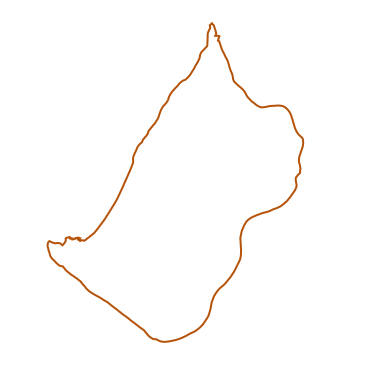 Prek Prasab, Krâchéh, Cambodia, rotated 40°
{"feature_id": "14789045B57642852254246", "entity_name": "Prek Prasab", "entity_type": "district", "adm_level": 2, "iso_a3": "KHM", "parent_name": "Cambodia", "parent_adm1": "Krâchéh", "projection": "robinson", "projection_center": [105.824, 12.492], "detail": "fine", "context": "isolated", "style": "outline", "palette": "amber", "viewbox_px": 384, "rotation_deg": 40, "n_neighbors": 0, "source": "geoboundaries", "source_scale": "gbopen_adm2", "svg_char_len": 5999}
<svg xmlns="http://www.w3.org/2000/svg" viewBox="0 0 384 384"><g transform="rotate(40 192 192)"><path d="M114.3,321.3L114.2,322.9L114.5,323.9L116.2,326.4L119.1,328.3L119.6,328.9L122.0,330.2L123.7,331.6L124.8,332.2L127.5,333.0L128.5,333.0L130.9,333.2L133.1,333.5L136.8,333.7L138.3,333.4L140.9,332.0L142.4,332.4L143.3,332.5L144.5,332.8L145.8,333.0L147.3,333.1L150.0,333.0L152.6,333.0L156.2,332.5L158.7,332.4L159.7,332.2L162.1,332.3L164.1,332.1L164.8,332.2L165.6,332.5L167.8,333.0L169.7,333.1L170.9,333.3L172.2,333.7L173.3,333.9L174.9,334.0L177.1,334.1L181.5,333.6L184.4,333.1L186.5,332.6L190.8,331.8L193.4,331.6L198.2,330.7L199.5,330.8L200.2,330.7L202.8,330.7L205.5,330.6L208.8,330.4L217.8,330.2L220.8,329.9L224.4,329.7L228.0,329.7L231.1,329.5L234.5,329.3L239.2,329.2L242.6,328.9L244.6,328.8L246.0,329.2L251.6,330.1L253.3,330.1L256.3,329.7L257.6,329.1L258.9,328.0L260.2,327.5L261.0,327.5L263.1,326.9L264.3,326.4L265.6,325.7L267.0,324.7L267.9,323.9L270.1,321.6L270.9,320.6L274.5,316.1L275.3,314.9L276.2,313.5L276.9,312.2L277.7,310.8L279.8,306.4L281.6,301.6L283.7,297.0L284.0,296.4L284.2,295.3L284.5,294.2L285.1,291.2L285.5,286.5L285.4,285.5L285.0,281.7L284.5,277.6L284.3,276.8L283.8,275.4L283.2,273.8L282.0,271.2L281.6,270.2L279.7,266.7L278.9,265.5L278.2,264.2L277.7,263.0L276.4,259.4L275.8,257.5L275.5,255.5L275.2,253.2L275.1,250.6L275.1,248.5L275.4,246.7L275.8,244.6L276.1,242.7L276.3,238.7L276.2,236.5L276.2,234.5L276.1,231.7L275.4,226.2L274.9,223.6L273.6,218.3L272.6,214.1L271.8,211.9L270.1,209.0L268.1,206.4L266.9,204.9L261.7,199.5L260.7,198.3L260.1,197.7L259.6,197.3L258.9,196.5L258.1,195.3L257.4,194.1L255.6,190.7L254.9,189.1L254.3,187.1L254.0,185.9L253.8,185.5L253.6,184.8L253.1,182.1L252.8,180.1L252.7,178.8L252.9,177.3L253.7,174.0L255.2,170.7L256.0,169.1L257.0,167.3L258.9,163.9L260.0,162.1L260.8,161.1L261.6,160.0L262.9,158.1L264.2,155.7L265.2,153.3L267.1,150.2L268.7,146.9L269.5,144.2L269.9,142.1L270.6,137.5L270.5,135.0L270.5,132.3L270.2,129.8L270.0,126.6L269.7,124.2L269.2,122.4L268.7,121.0L267.7,119.5L265.8,117.9L264.1,116.5L262.9,115.1L262.4,114.4L262.3,113.8L262.3,113.1L262.2,110.7L262.3,109.7L262.6,108.2L261.7,107.0L260.8,105.7L260.3,104.7L260.1,104.4L258.0,102.6L256.7,101.6L255.7,100.9L254.6,100.2L253.1,98.5L252.1,97.0L251.3,95.4L247.8,86.5L246.9,84.7L245.7,83.0L244.3,81.5L243.2,80.4L241.8,79.7L240.1,79.6L237.1,79.5L235.8,79.2L234.2,78.8L230.7,77.3L229.2,76.5L226.2,74.4L225.0,73.7L224.0,73.1L223.3,72.5L221.9,71.6L220.8,71.0L218.8,69.6L217.2,68.8L215.7,68.2L212.6,67.4L211.3,67.3L209.9,67.3L208.8,67.3L207.7,67.5L206.5,67.8L205.1,68.5L202.6,70.2L201.4,71.3L199.1,73.6L197.8,74.7L196.6,75.9L195.6,77.1L194.8,78.1L194.0,79.2L193.1,80.2L192.2,81.2L191.2,82.2L190.5,82.7L188.0,83.6L187.0,83.8L185.0,84.0L183.6,84.0L182.6,83.9L179.8,84.2L178.6,84.1L173.6,83.5L171.8,83.0L169.6,82.0L167.9,81.3L165.1,80.8L163.9,80.7L159.3,80.7L156.5,80.6L154.3,80.4L153.4,80.3L152.0,79.8L150.9,79.1L149.8,78.1L148.1,76.6L146.5,75.6L144.7,74.7L143.1,73.9L139.8,71.8L136.9,69.8L135.7,69.0L133.7,68.0L132.0,67.4L130.5,66.8L128.9,66.0L127.8,65.5L127.4,65.4L127.2,65.3L125.7,64.6L124.6,64.2L123.0,63.4L122.0,62.8L120.8,62.1L119.3,61.2L118.3,60.4L117.2,59.9L116.0,59.0L115.5,59.1L114.6,59.4L114.4,59.0L113.9,57.8L113.6,56.8L113.2,55.6L112.9,55.1L112.3,55.2L111.7,55.5L109.4,57.4L108.9,55.5L108.4,54.8L107.7,54.3L105.6,52.8L104.7,52.3L102.8,51.1L101.9,50.5L101.2,50.3L100.0,50.3L98.9,49.9L98.5,52.3L98.5,52.9L99.2,53.6L100.2,54.3L100.5,54.8L100.7,55.2L100.8,55.6L100.8,56.0L101.0,56.7L101.3,57.8L101.5,58.9L101.9,59.8L102.5,60.9L103.3,62.0L104.5,63.3L104.8,63.7L105.1,64.2L105.5,64.6L105.8,65.1L106.3,65.7L106.8,66.4L107.2,66.8L108.2,68.3L108.6,68.7L109.4,69.8L109.7,70.1L109.8,70.6L109.8,70.9L109.7,73.4L109.6,74.1L109.5,76.5L109.3,78.4L109.5,79.8L110.2,82.0L111.4,84.0L111.9,85.0L112.3,86.8L112.8,88.3L113.0,89.8L113.2,91.0L113.4,92.1L113.5,93.1L114.0,95.2L114.2,96.1L115.2,103.3L115.2,105.8L115.3,106.5L115.0,108.6L114.7,110.2L114.6,110.6L114.4,111.0L114.0,111.5L113.7,112.1L113.2,113.3L112.9,114.7L112.8,115.9L112.6,116.5L112.6,117.0L112.7,117.5L112.7,119.6L112.7,120.4L112.6,121.7L112.4,123.0L112.4,124.5L112.3,127.4L112.3,128.9L112.5,129.6L112.6,130.7L112.8,132.1L113.2,133.8L113.5,134.6L113.8,135.3L114.1,135.8L114.4,136.5L114.8,138.2L114.9,139.3L115.0,140.4L115.0,141.6L114.8,143.9L114.8,144.5L114.9,145.9L115.3,148.1L115.8,150.0L117.1,153.5L117.9,155.4L118.7,157.6L118.7,158.5L118.9,159.3L119.0,160.2L119.2,161.7L119.4,162.8L119.5,163.8L119.3,166.0L119.4,167.5L119.4,169.4L119.4,170.1L119.5,171.9L119.5,173.1L119.7,173.8L120.4,175.2L120.8,176.8L120.8,177.1L120.9,178.4L120.8,181.7L120.9,183.8L121.5,185.5L121.7,185.8L121.6,186.5L121.2,188.8L121.2,190.1L121.2,191.5L121.5,192.9L123.0,198.0L123.3,199.3L124.3,202.4L124.6,203.0L125.0,203.7L125.7,204.8L127.1,206.1L127.6,206.8L128.4,208.4L128.9,209.7L129.5,211.6L130.9,216.0L134.8,229.6L135.4,231.5L135.9,233.3L136.6,235.9L138.1,241.5L138.8,244.2L139.4,246.6L139.9,249.5L140.4,252.7L140.8,255.7L140.9,256.1L141.8,262.4L142.0,263.8L142.2,266.0L142.5,267.7L142.8,270.9L142.9,272.7L143.4,282.2L143.4,286.6L142.5,291.0L142.4,291.7L142.2,292.6L141.5,295.5L141.2,297.3L141.0,297.8L140.7,298.7L140.2,298.9L139.8,298.9L138.3,300.1L138.1,301.0L137.8,301.4L137.4,301.1L137.1,300.9L136.3,301.5L136.1,301.1L136.0,300.4L135.7,301.0L135.4,300.7L135.4,300.2L135.7,299.8L135.2,299.7L134.8,299.8L134.6,300.0L134.6,300.5L134.5,301.0L134.1,300.5L133.8,300.4L133.3,301.2L133.1,301.4L133.0,301.7L132.6,301.9L132.7,302.4L132.5,302.8L132.4,303.1L131.8,303.4L132.0,303.8L131.8,304.3L130.7,305.0L130.6,305.4L130.1,305.3L129.8,305.1L129.5,304.8L129.3,305.1L129.1,305.5L128.7,305.8L128.5,306.1L128.2,306.0L127.9,305.9L127.7,305.3L127.2,305.1L126.8,305.8L126.8,306.2L126.0,306.8L125.7,307.4L125.3,307.7L125.1,308.4L125.1,308.8L125.4,309.2L125.9,309.5L126.6,310.5L126.7,311.2L127.0,311.9L127.1,313.2L127.1,314.4L127.1,315.2L127.0,316.1L124.4,316.0L122.5,316.9L121.2,318.1L120.2,319.3L118.2,320.2L116.7,320.7L114.3,321.3Z" fill="none" stroke="#b45309" stroke-width="2"/></g></svg>